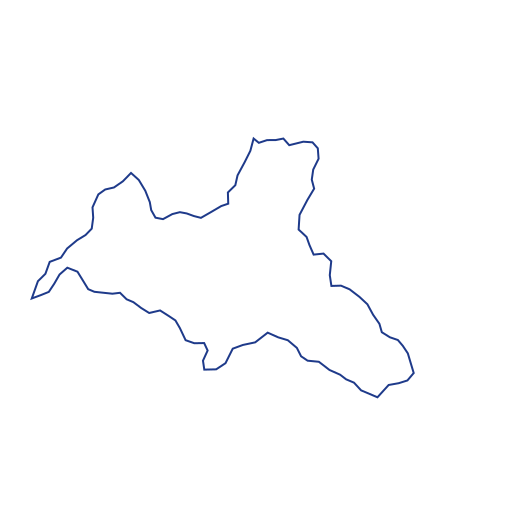 Barueri, São Paulo, Brazil (Equal Earth projection), rotated 203°
{"feature_id": "56859067B64169293019313", "entity_name": "Barueri", "entity_type": "district", "adm_level": 2, "iso_a3": "BRA", "parent_name": "Brazil", "parent_adm1": "São Paulo", "projection": "equal_earth", "projection_center": [-46.873, -23.512], "detail": "fine", "context": "isolated", "style": "outline", "palette": "blue", "viewbox_px": 512, "rotation_deg": 203, "n_neighbors": 0, "source": "geoboundaries", "source_scale": "gbopen_adm2", "svg_char_len": 1585}
<svg xmlns="http://www.w3.org/2000/svg" viewBox="0 0 512 512"><g transform="rotate(203 256 256)"><path d="M403.5,283.6L407.7,272.8L413.5,263.6L420.8,258.3L425.2,251.1L425.5,236.9L420.8,227.6L417.9,217.0L421.1,208.7L426.9,200.6L432.8,189.1L434.9,178.3L443.6,170.0L442.9,157.3L446.9,147.6L445.8,129.3L438.6,136.1L432.7,142.0L430.9,151.6L429.6,162.2L425.1,171.5L414.2,171.8L404.9,165.2L397.5,159.9L390.8,159.9L383.2,162.2L373.4,165.2L366.8,169.0L358.2,165.6L350.8,165.6L341.5,163.3L332.1,161.8L323.0,168.4L312.9,166.7L305.0,165.2L297.9,159.9L287.9,151.0L278.7,151.6L269.7,155.6L263.6,150.1L263.9,138.9L259.2,131.2L248.4,136.1L242.2,145.4L241.2,161.6L233.3,169.0L223.0,176.2L215.3,190.0L203.8,189.8L193.8,190.9L182.5,187.4L175.3,181.3L167.6,179.8L156.8,183.2L143.8,179.8L132.2,179.6L124.9,177.7L116.3,177.7L106.8,173.4L89.0,173.4L83.5,189.1L74.9,194.7L68.0,200.6L65.1,209.9L71.0,217.0L78.2,225.7L85.8,230.7L92.6,234.1L101.0,233.5L110.4,235.0L115.9,241.8L125.3,247.7L134.6,255.1L144.8,258.8L156.8,261.9L166.2,261.9L174.9,257.9L180.6,267.2L184.7,280.6L194.8,284.6L203.5,279.8L211.1,287.0L216.9,293.3L227.1,297.0L232.0,310.9L230.6,327.7L228.8,340.7L234.5,348.1L237.1,357.9L236.4,370.0L241.2,379.3L248.4,382.7L257.1,379.7L268.7,371.0L276.7,374.8L283.2,370.4L291.1,367.0L297.6,361.3L304.1,363.2L302.3,350.6L303.1,337.9L304.5,323.0L302.7,313.1L306.7,303.5L302.0,293.3L307.5,288.4L314.7,278.7L321.6,269.6L328.8,268.5L336.4,268.1L343.2,266.6L349.4,261.9L356.0,253.6L363.5,252.0L370.4,257.3L374.8,264.1L383.4,272.8L393.6,280.2L403.5,283.6Z" fill="none" stroke="#1e3a8a" stroke-width="2"/></g></svg>